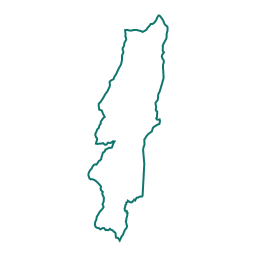 the district of Teresina de Goiás, Goiás, Brazil
{"feature_id": "56859067B93645483356957", "entity_name": "Teresina de Goiás", "entity_type": "district", "adm_level": 2, "iso_a3": "BRA", "parent_name": "Brazil", "parent_adm1": "Goiás", "projection": "robinson", "projection_center": [-47.245, -13.693], "detail": "fine", "context": "isolated", "style": "outline", "palette": "teal", "viewbox_px": 256, "rotation_deg": 0, "n_neighbors": 0, "source": "geoboundaries", "source_scale": "gbopen_adm2", "svg_char_len": 3430}
<svg xmlns="http://www.w3.org/2000/svg" viewBox="0 0 256 256"><path d="M142.6,195.5L144.3,163.6L144.0,160.6L143.1,150.0L143.3,148.4L143.6,147.1L144.5,144.6L144.4,142.1L144.3,139.5L145.3,138.2L145.9,137.0L146.9,135.7L147.9,134.4L149.6,133.0L151.8,131.5L152.4,129.4L153.0,127.8L154.1,126.7L156.1,125.6L157.3,124.7L159.3,124.0L159.9,121.9L159.9,120.7L159.6,119.4L158.2,119.7L156.9,119.5L156.2,118.4L156.9,117.3L157.1,114.6L157.2,112.8L157.1,111.3L156.2,110.8L155.7,109.7L156.0,108.3L156.2,107.0L156.0,105.8L155.5,104.0L155.6,102.6L156.5,101.6L157.7,99.8L158.1,98.1L158.1,95.4L158.5,93.7L159.6,91.7L160.0,90.3L160.5,88.9L161.3,86.0L161.9,84.2L162.4,82.2L163.6,78.1L163.3,71.8L163.2,70.3L163.1,68.9L163.0,67.8L163.0,65.9L163.1,64.6L163.9,61.9L163.6,60.1L162.6,58.9L161.8,56.6L162.1,55.0L164.0,52.3L162.9,51.3L162.7,49.3L162.9,47.3L162.7,46.0L163.2,44.4L164.0,42.9L166.3,38.7L166.6,37.1L166.6,34.6L166.7,33.4L167.1,32.1L167.5,30.6L167.6,29.2L167.4,26.6L165.3,25.0L164.4,23.7L163.2,20.5L160.3,16.3L159.0,15.4L158.0,16.2L157.1,17.9L156.0,20.5L153.8,23.2L152.2,24.0L150.7,24.0L149.4,25.9L147.8,27.6L146.4,29.8L143.5,31.5L142.5,31.9L141.1,31.1L136.3,29.9L134.1,30.1L133.1,30.0L131.6,30.6L129.3,30.5L127.8,30.0L126.4,29.9L125.1,30.1L125.4,32.8L125.6,34.3L125.3,36.5L126.1,37.9L126.2,39.7L124.3,43.0L124.2,44.9L123.7,46.6L122.8,47.8L122.5,49.2L123.3,51.3L123.2,53.2L122.1,55.2L122.0,57.6L122.0,60.0L121.5,62.4L121.1,64.1L120.0,66.4L118.9,68.1L116.1,74.2L114.2,77.0L113.5,79.2L112.2,79.8L110.4,80.9L109.7,81.7L109.6,83.0L110.0,84.5L109.6,86.7L108.5,89.1L107.2,91.6L105.2,94.3L103.3,97.8L100.8,101.6L100.1,102.5L98.8,103.6L98.7,106.1L99.1,108.0L99.2,109.6L101.8,110.6L102.8,113.3L104.7,117.0L103.6,117.8L102.2,119.5L101.2,121.1L100.7,122.4L100.7,123.9L99.9,124.7L99.2,126.1L98.8,127.9L97.2,129.5L96.5,131.5L95.3,133.9L95.5,135.7L96.2,137.5L97.1,138.4L97.1,139.6L96.3,142.2L95.9,143.6L97.4,144.0L99.4,143.6L101.6,143.6L103.0,143.1L104.8,144.7L106.4,144.6L108.0,142.6L109.8,143.0L111.0,142.8L111.9,142.1L113.2,141.2L114.5,141.4L113.6,142.9L113.0,144.1L112.5,146.0L111.9,147.5L110.7,147.9L108.9,147.8L107.0,149.0L105.4,149.6L105.0,150.9L104.1,152.0L102.8,152.6L102.5,154.1L101.4,157.5L101.2,159.2L100.2,160.3L98.9,161.0L98.3,162.0L97.5,163.1L96.4,164.6L95.3,164.3L93.6,165.1L92.5,166.7L91.6,168.7L90.2,170.1L89.1,172.1L88.5,173.7L88.4,175.4L89.6,178.6L90.6,179.3L92.4,179.2L94.1,179.9L95.2,180.5L96.8,181.8L99.5,184.6L101.0,186.5L100.6,188.8L100.8,189.9L101.7,190.9L102.8,192.0L102.2,193.4L102.8,195.4L103.9,197.5L103.7,201.4L102.5,204.3L103.6,206.8L102.5,208.8L100.8,210.6L99.3,212.4L98.0,214.9L96.8,216.7L96.4,219.4L96.0,220.4L95.3,221.5L94.9,225.1L95.8,227.1L97.3,227.9L99.0,228.2L100.2,229.3L103.0,228.0L104.1,228.1L105.6,230.1L106.6,229.8L107.8,230.2L108.8,229.9L109.9,228.8L110.9,229.7L112.9,230.5L113.6,231.6L114.6,232.1L115.6,233.2L115.6,235.1L116.0,237.6L118.0,237.9L119.7,240.6L120.2,239.5L121.1,237.5L121.7,236.2L122.9,234.9L123.5,233.3L124.1,231.8L124.9,229.9L126.3,228.4L127.1,226.1L126.6,224.7L126.2,222.8L125.8,221.2L126.4,220.1L126.3,218.6L126.8,217.1L127.2,215.9L127.3,214.6L127.6,213.0L126.6,212.6L126.9,211.2L125.0,210.7L124.6,208.5L125.2,206.8L125.3,205.3L126.2,204.2L126.3,202.6L127.4,202.0L127.8,200.7L129.1,201.6L130.3,202.3L131.9,202.3L132.7,201.3L133.5,200.7L134.2,199.6L135.2,200.4L135.9,199.0L136.7,197.7L138.4,197.5L139.3,196.8L140.4,196.5L142.0,196.5L142.6,195.5Z" fill="none" stroke="#0f766e" stroke-width="2"/></svg>